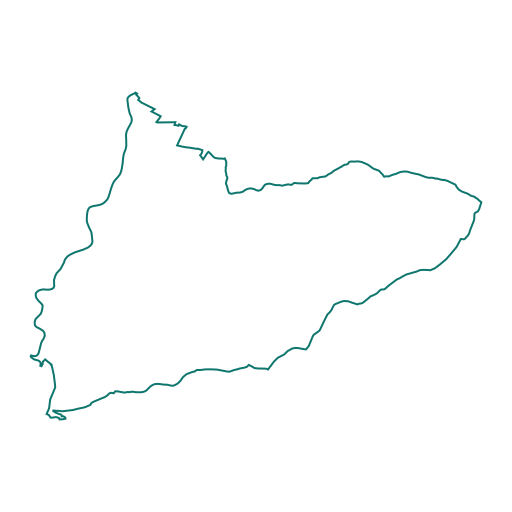 Ideciu De Jos, Mures, Romania
{"feature_id": "2599482B36983639581980", "entity_name": "Ideciu De Jos", "entity_type": "district", "adm_level": 2, "iso_a3": "ROU", "parent_name": "Romania", "parent_adm1": "Mures", "projection": "robinson", "projection_center": [24.799, 46.828], "detail": "fine", "context": "isolated", "style": "outline", "palette": "teal", "viewbox_px": 512, "rotation_deg": 0, "n_neighbors": 0, "source": "geoboundaries", "source_scale": "gbopen_adm2", "svg_char_len": 5989}
<svg xmlns="http://www.w3.org/2000/svg" viewBox="0 0 512 512"><path d="M185.8,128.2L186.4,127.3L186.6,126.7L184.0,126.1L182.5,126.1L181.4,125.7L179.4,124.4L179.0,124.4L178.9,125.0L178.5,125.8L176.0,125.1L174.5,125.0L175.3,122.2L157.9,122.5L156.9,122.4L156.4,122.1L159.4,118.4L160.6,116.2L151.5,111.5L154.6,109.1L141.7,102.7L138.2,99.9L139.3,98.1L138.0,96.5L136.2,94.7L137.1,93.7L135.6,92.6L133.8,93.7L131.4,94.8L129.2,96.2L127.8,97.8L127.5,98.7L127.4,100.0L128.4,107.7L128.9,110.1L129.6,113.1L131.5,117.6L131.8,119.7L131.6,121.3L131.3,122.5L127.8,128.9L126.5,132.0L126.0,135.0L126.2,139.6L126.3,145.2L126.2,146.5L125.7,148.9L123.8,154.0L123.2,157.4L122.5,164.4L121.7,169.0L121.0,171.7L120.0,174.2L117.9,177.0L115.7,179.4L113.9,181.7L112.5,184.5L110.9,189.1L109.7,193.2L108.3,197.5L107.3,199.4L105.0,201.9L103.2,203.4L101.0,204.5L97.8,205.3L93.7,206.0L90.8,206.8L89.4,207.7L88.4,209.1L87.7,210.7L87.3,212.6L86.9,215.9L86.8,219.3L86.9,221.7L87.4,223.3L89.1,227.5L90.9,231.2L91.5,232.9L92.1,237.9L92.4,241.4L92.1,243.3L90.6,245.5L88.0,247.5L83.6,249.5L75.0,252.3L70.2,254.6L67.5,256.4L65.0,259.5L63.9,262.7L60.5,269.1L56.6,273.2L55.1,276.4L54.0,280.1L54.2,286.3L53.5,287.8L52.1,288.9L50.0,289.5L48.0,289.7L42.9,289.4L40.1,290.0L38.2,290.8L36.1,292.8L35.7,294.0L35.8,296.0L36.3,297.8L38.2,300.5L40.7,303.0L42.3,304.7L42.6,305.8L42.4,308.2L41.7,311.5L40.7,313.9L35.5,319.2L34.6,322.3L35.0,325.3L36.4,327.0L39.8,328.7L43.1,330.8L44.4,332.8L44.8,335.8L43.2,339.5L42.4,340.4L41.2,342.9L38.6,353.2L37.2,355.3L35.0,356.2L32.8,355.9L31.1,355.4L30.7,356.6L31.4,357.4L32.8,358.5L34.1,359.3L35.0,359.7L37.9,360.4L39.2,361.0L40.1,362.0L40.6,363.0L40.7,364.0L40.3,365.8L41.5,366.2L42.6,364.2L42.8,361.8L45.2,359.4L47.6,361.5L51.4,364.5L51.1,364.9L51.4,365.1L51.8,365.8L53.8,374.9L54.9,383.7L55.2,387.0L55.1,387.7L50.2,399.5L49.1,408.3L46.6,414.0L48.8,415.0L50.7,417.7L51.9,417.7L55.7,417.1L57.7,417.5L59.3,418.3L59.5,419.4L62.5,419.3L65.5,418.6L65.3,417.7L64.5,416.9L63.5,416.4L62.9,416.2L61.7,416.3L61.6,415.2L60.8,414.5L58.6,413.8L55.4,412.5L53.2,411.0L53.3,410.6L54.3,410.5L56.1,410.9L59.8,410.9L61.2,411.2L63.0,411.2L73.1,410.0L77.5,408.8L83.9,407.5L86.1,406.8L87.9,405.9L89.8,405.2L90.5,404.8L90.7,404.1L91.2,403.3L92.8,402.1L96.0,400.7L104.9,397.0L107.1,395.6L108.6,394.2L109.1,393.6L110.0,393.1L111.0,392.8L112.7,393.0L113.6,393.3L115.3,391.3L117.9,391.4L122.1,392.2L124.8,392.6L127.6,392.0L129.3,392.2L130.5,391.9L131.7,391.9L132.8,391.6L134.6,392.1L139.0,392.3L141.5,392.2L143.6,391.8L145.1,391.2L146.1,390.7L150.6,386.3L152.4,385.1L154.5,384.2L156.5,383.9L159.7,384.0L163.5,384.6L167.0,384.7L171.5,385.7L172.8,385.7L173.7,385.6L176.6,384.2L178.4,382.9L180.4,380.9L182.9,377.2L185.5,375.0L186.7,374.1L188.9,373.2L189.3,373.2L191.5,372.2L191.9,372.2L193.2,371.7L194.2,371.7L195.2,371.2L196.7,370.0L200.5,370.0L205.1,369.4L209.9,369.3L217.0,369.6L224.5,371.0L226.8,371.5L229.5,371.7L233.9,370.1L237.6,369.2L239.8,368.5L244.2,367.7L246.9,366.8L248.8,364.9L252.1,366.6L254.6,368.1L258.3,368.5L264.9,368.6L267.0,368.9L268.0,369.5L274.1,361.4L277.9,357.7L283.8,354.7L285.6,353.1L287.7,351.0L290.0,349.8L291.9,348.6L294.8,348.0L297.7,348.0L304.9,349.3L306.1,349.3L308.8,346.0L312.8,336.2L313.8,334.7L319.3,330.8L320.2,329.3L323.9,321.5L327.4,314.5L329.4,312.6L331.5,310.0L332.7,307.4L334.1,304.9L335.5,304.0L341.8,301.5L344.0,301.0L348.3,301.3L351.2,302.4L357.5,304.4L359.0,303.7L360.0,303.7L362.5,303.0L367.6,299.0L370.5,296.4L373.2,295.3L376.4,293.7L377.4,292.9L380.1,290.2L380.9,289.7L381.5,289.5L384.1,289.4L385.0,288.9L388.7,285.6L396.5,279.7L400.1,278.0L402.7,276.4L406.3,274.5L416.8,271.5L419.8,270.2L422.4,269.9L425.4,269.9L430.4,270.2L435.0,268.2L440.0,264.4L446.3,259.1L450.9,253.8L456.7,246.8L460.8,239.0L464.0,239.3L464.7,238.9L465.3,238.5L466.3,237.1L467.4,236.1L468.8,234.1L469.2,233.1L470.3,229.7L473.9,220.6L474.3,218.5L474.3,215.6L474.6,213.5L475.1,212.9L478.0,211.3L479.1,209.2L480.7,204.3L481.3,202.2L478.9,200.3L477.4,198.7L476.2,198.2L475.6,197.8L475.3,197.3L474.9,197.0L470.5,195.5L468.1,193.9L466.7,193.3L462.0,191.6L460.2,190.5L458.9,189.7L456.8,187.2L455.7,185.2L455.5,184.7L447.3,180.8L444.0,179.9L443.6,180.0L442.8,180.0L440.0,179.4L438.4,178.9L436.7,178.5L435.9,178.5L435.7,178.7L433.3,177.9L431.4,177.7L429.0,177.8L428.3,177.7L425.5,177.0L417.8,174.1L416.6,174.1L414.0,173.4L413.4,173.4L406.7,171.5L403.7,171.5L400.1,172.1L395.7,174.0L393.9,174.4L390.5,175.6L389.0,176.4L386.3,176.3L384.2,176.7L383.8,176.4L383.3,175.4L382.0,173.9L380.9,172.9L379.2,170.8L374.0,168.9L372.3,167.9L368.7,165.2L367.3,164.4L365.3,163.5L361.7,162.0L358.3,161.4L353.9,161.6L351.6,161.5L350.5,161.6L349.2,162.0L348.6,162.6L348.2,163.6L347.7,164.0L346.5,164.5L344.6,164.8L342.6,165.8L341.7,166.7L340.9,166.9L340.2,167.2L339.5,167.8L334.0,170.7L331.3,172.9L329.6,173.8L328.4,174.3L326.6,175.7L324.9,176.6L323.2,176.7L321.5,177.0L320.1,177.2L319.1,177.4L318.4,177.9L317.4,178.2L312.5,178.3L311.5,179.6L309.9,181.0L309.0,181.9L308.3,183.1L305.4,183.5L297.6,183.3L295.6,183.0L294.8,183.0L293.7,183.2L292.0,184.6L291.5,184.8L291.0,184.9L288.7,184.4L287.8,184.4L282.0,185.7L279.5,185.1L276.0,185.1L274.4,184.9L270.6,183.8L269.6,183.7L267.9,183.8L266.6,184.1L264.9,184.8L263.9,186.1L262.2,188.5L260.7,190.0L258.4,190.7L256.3,190.2L254.4,189.2L252.3,188.6L249.6,188.4L246.8,189.2L244.9,190.2L242.9,191.7L239.8,192.6L236.6,192.7L231.5,193.8L229.3,193.2L229.0,192.7L228.3,191.2L226.7,185.4L226.1,184.2L226.1,182.2L227.4,178.0L227.2,177.0L226.5,175.8L226.4,175.3L226.2,174.1L226.2,173.2L225.6,171.4L225.6,170.9L225.8,168.4L225.7,167.0L226.2,165.9L226.2,165.4L226.3,162.1L226.2,161.6L224.8,158.4L224.2,158.6L222.9,158.8L221.2,158.5L218.4,158.5L216.8,158.2L216.1,158.2L215.4,158.0L213.9,157.3L210.0,153.2L208.5,151.9L207.8,152.4L206.6,154.0L204.4,157.5L203.1,159.4L200.1,155.2L200.8,154.6L201.5,153.5L201.9,152.6L202.2,151.8L202.3,150.1L197.4,148.6L197.0,148.8L195.7,148.7L189.1,147.6L186.0,147.3L182.2,146.6L177.1,145.4L184.8,128.8L185.4,128.6L185.8,128.2Z" fill="none" stroke="#0f766e" stroke-width="2"/></svg>